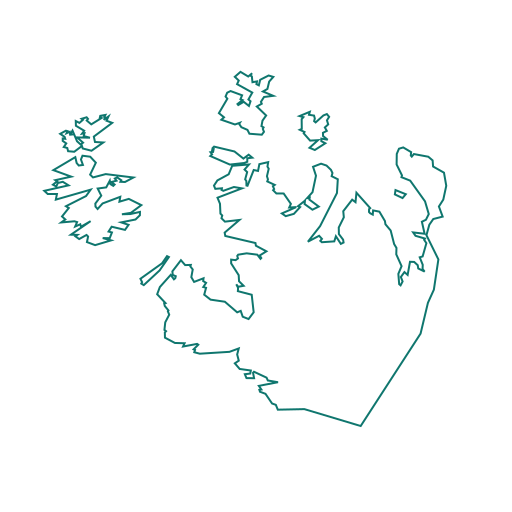 outline of Måsøy nor, Finnmark, Norway, rotated 351°
{"feature_id": "86288312B81169350398117", "entity_name": "Måsøy nor", "entity_type": "district", "adm_level": 2, "iso_a3": "NOR", "parent_name": "Norway", "parent_adm1": "Finnmark", "projection": "albers", "projection_center": [24.684, 70.867], "detail": "fine", "context": "isolated", "style": "outline", "palette": "teal", "viewbox_px": 512, "rotation_deg": 351, "n_neighbors": 0, "source": "geoboundaries", "source_scale": "gbopen_adm2", "svg_char_len": 6068}
<svg xmlns="http://www.w3.org/2000/svg" viewBox="0 0 512 512"><g transform="rotate(351 256 256)"><path d="M454.7,203.1L444.9,195.3L445.4,189.2L441.7,184.9L427.9,180.0L425.4,182.2L424.6,181.0L425.5,177.7L418.4,171.8L414.0,172.4L411.0,177.2L409.2,187.6L412.8,199.2L412.0,200.9L420.1,205.7L431.5,228.5L433.2,241.6L429.5,246.8L425.2,248.1L426.0,260.4L414.9,257.3L416.7,261.0L425.6,265.2L424.6,266.3L426.3,270.0L420.5,282.5L417.5,282.9L419.3,290.8L418.5,294.8L420.1,297.8L414.3,293.7L414.3,290.4L411.3,286.6L407.2,285.8L402.8,298.4L400.1,295.1L395.8,299.4L396.8,304.1L394.2,307.6L393.0,306.2L393.8,295.9L398.2,288.8L394.8,276.3L396.0,270.0L394.3,265.8L393.0,251.9L388.8,244.9L388.8,241.6L384.8,231.5L378.8,229.3L377.8,233.4L375.4,231.6L374.5,230.2L375.0,227.4L376.3,226.6L365.1,209.2L362.7,218.4L359.8,215.4L349.2,225.4L348.8,231.5L342.2,240.8L341.3,247.3L344.6,253.5L344.6,256.4L341.7,257.3L338.0,249.0L335.6,253.8L323.2,252.7L321.9,251.1L323.8,249.4L321.5,245.9L309.5,250.0L324.0,236.5L345.8,206.5L348.8,193.0L343.2,189.0L344.5,186.0L343.5,182.6L339.8,177.7L334.7,175.0L326.3,176.8L327.8,186.1L321.8,201.8L315.5,206.9L318.2,206.7L317.5,208.6L325.7,217.0L319.0,219.1L312.1,212.3L313.0,209.0L305.3,213.4L307.2,214.6L300.0,220.3L291.6,221.3L288.2,218.0L303.4,214.0L296.4,213.3L298.6,210.0L293.1,198.6L285.9,197.4L283.2,193.7L284.4,192.7L283.6,189.7L285.6,188.7L278.8,184.1L279.8,182.2L279.3,178.9L282.2,171.8L281.3,169.5L282.7,165.2L273.7,165.8L271.3,172.3L267.2,170.7L258.6,185.3L257.6,184.9L258.2,180.5L257.3,178.6L260.4,171.7L258.2,168.8L263.4,164.5L246.6,163.2L241.8,171.0L229.7,175.3L225.5,179.9L226.3,183.3L232.9,183.8L232.3,185.3L233.9,186.5L245.0,184.4L252.7,187.0L227.1,192.4L228.6,198.8L227.5,208.6L229.0,210.7L227.8,213.3L230.7,217.2L245.3,217.8L228.7,228.0L228.8,231.4L257.5,243.1L257.5,245.8L267.0,253.0L259.7,256.1L260.9,258.8L260.0,259.5L257.5,254.9L247.2,251.9L238.6,251.9L237.5,253.0L237.8,255.6L235.2,256.9L230.9,255.7L230.3,259.4L235.9,272.2L235.3,278.3L239.1,283.5L233.6,283.6L232.1,280.9L233.3,284.6L232.6,287.9L245.7,293.6L244.9,311.2L238.8,317.1L233.4,313.9L232.3,307.8L228.6,308.7L218.1,296.3L204.3,292.0L198.8,286.1L201.7,279.6L199.1,278.4L202.5,274.7L199.9,272.5L200.7,269.8L190.8,271.9L188.8,266.8L191.4,259.4L189.5,256.0L190.2,254.6L184.6,253.9L181.2,248.4L171.0,258.1L170.8,261.7L173.6,263.4L172.8,265.3L171.3,266.2L168.8,261.3L156.2,271.6L152.4,278.3L159.2,288.3L157.9,288.4L158.1,291.1L161.0,296.1L160.3,296.8L161.1,300.4L156.0,307.3L154.0,314.7L155.4,316.2L154.0,317.3L153.3,322.4L162.3,329.2L171.8,331.0L169.8,334.0L184.1,333.6L185.1,334.6L179.8,338.4L181.1,339.2L180.0,341.4L185.2,343.7L214.8,346.5L224.5,344.6L222.0,350.3L222.6,356.7L218.3,358.7L222.2,365.0L233.0,368.3L231.9,371.2L226.5,371.0L227.5,375.1L235.0,376.4L234.8,370.9L235.9,370.0L247.4,377.8L248.2,380.8L258.0,384.1L238.5,384.7L240.4,388.7L238.4,388.7L238.7,390.7L243.8,393.6L248.8,404.2L252.3,406.1L253.5,411.2L279.8,414.8L332.8,440.3L406.4,358.4L418.5,329.1L426.4,317.1L435.6,287.9L427.6,262.1L432.1,252.2L436.9,247.2L446.5,246.3L444.4,235.7L449.8,229.6L454.9,216.4L454.7,203.1ZM107.8,132.0L100.3,129.8L98.2,133.3L99.3,139.0L95.1,138.9L93.4,136.1L93.0,130.1L69.3,139.5L85.9,148.7L69.7,149.7L71.3,151.1L66.6,153.8L69.6,156.1L71.7,152.9L76.8,152.5L81.9,156.9L57.1,158.5L60.0,162.2L69.1,163.6L67.1,169.0L103.1,164.6L97.5,170.2L76.1,177.1L78.6,179.3L70.6,186.6L73.4,190.1L68.9,192.4L82.1,193.3L84.6,194.5L82.0,198.6L87.4,197.2L87.7,199.7L98.1,195.7L76.5,206.0L82.9,207.2L80.7,208.3L84.0,211.6L91.9,208.7L93.2,210.5L91.2,215.8L98.8,220.1L115.3,217.9L107.4,214.3L114.3,215.5L117.4,210.2L114.2,208.8L118.0,204.5L130.7,209.7L135.0,205.3L128.1,201.7L142.7,201.1L147.7,197.6L148.3,194.3L138.5,194.9L130.1,193.8L139.2,193.8L150.7,187.8L139.3,179.7L129.6,181.0L131.2,176.3L112.7,180.1L106.9,184.8L105.2,182.1L105.5,179.1L112.6,172.2L110.2,164.6L118.8,164.8L123.4,158.7L123.4,162.2L126.0,164.4L127.5,163.3L124.6,160.3L130.0,159.8L128.7,157.4L131.2,156.7L134.8,160.1L133.7,161.5L138.2,162.4L147.2,159.3L120.4,151.6L107.3,152.9L104.9,149.7L112.4,138.8L107.8,132.0ZM276.4,77.5L269.5,71.7L263.1,75.7L266.4,80.0L264.2,83.3L277.9,94.0L273.0,100.2L274.8,102.3L272.5,106.7L268.0,101.8L262.1,104.1L261.5,103.0L267.1,99.9L265.2,98.7L267.4,95.1L256.7,89.1L253.1,90.2L250.9,93.7L252.3,96.2L241.7,109.1L246.1,114.0L243.1,116.0L255.8,122.8L260.9,121.9L260.0,122.9L261.7,126.5L267.3,130.1L268.6,134.2L280.7,137.1L283.3,134.6L282.6,131.5L283.6,130.2L281.7,128.6L283.6,123.3L288.0,118.8L280.2,108.5L285.5,106.5L285.0,104.5L288.8,100.2L298.1,100.5L288.6,94.6L293.4,92.8L296.3,85.8L301.1,81.8L296.7,79.7L287.7,82.6L285.5,87.9L283.3,86.3L284.3,83.7L279.7,83.8L280.0,78.0L278.3,76.6L280.8,74.9L276.4,77.5ZM127.9,94.9L129.3,93.1L124.1,93.2L123.0,95.9L126.1,95.1L113.9,100.2L110.0,95.7L111.5,94.3L110.4,92.5L105.2,93.2L106.4,94.4L102.4,96.9L99.1,94.5L98.5,99.2L105.9,105.4L103.3,108.0L105.8,107.9L104.6,110.6L110.5,113.2L97.9,110.9L102.9,117.0L100.2,118.4L97.2,114.7L94.4,103.4L92.3,106.0L93.3,107.2L91.4,107.1L91.4,104.2L88.1,105.1L89.4,103.2L87.8,102.5L81.7,104.7L85.6,108.4L85.9,110.4L83.5,109.7L83.1,112.1L86.2,115.1L83.2,118.3L86.5,119.8L86.8,123.1L92.8,124.6L101.3,120.1L101.7,122.7L110.0,126.3L122.9,120.0L114.8,118.2L114.5,112.7L134.8,102.0L129.5,99.0L132.1,95.1L127.0,97.7L128.8,95.5L127.9,94.9ZM331.7,122.0L320.9,124.6L324.5,126.3L322.5,128.0L321.1,137.6L319.0,138.2L323.3,141.1L322.3,142.3L327.5,150.5L335.4,151.3L325.8,157.5L330.7,160.5L342.1,155.5L338.5,152.8L338.9,150.3L345.0,152.4L341.0,148.0L341.4,144.8L345.5,143.5L344.1,139.8L347.9,137.3L347.3,133.1L350.0,130.0L348.2,126.9L344.6,127.7L335.8,133.4L334.5,131.9L335.6,129.5L335.3,126.4L330.4,124.8L331.7,122.0ZM251.1,149.4L231.7,141.4L230.0,142.6L229.2,144.8L230.7,144.3L229.9,146.5L227.3,146.4L228.5,148.7L226.5,150.1L244.5,161.6L258.9,162.3L262.1,161.6L262.7,158.1L267.7,158.3L264.6,154.8L258.8,157.8L251.1,149.4ZM140.6,267.2L158.5,255.2L169.8,243.4L168.1,242.2L162.1,248.5L138.3,260.4L139.4,264.0L138.4,265.3L140.6,267.2ZM413.6,218.4L404.1,212.7L402.8,216.9L409.8,221.7L413.6,218.4Z" fill="none" stroke="#0f766e" stroke-width="2"/></g></svg>